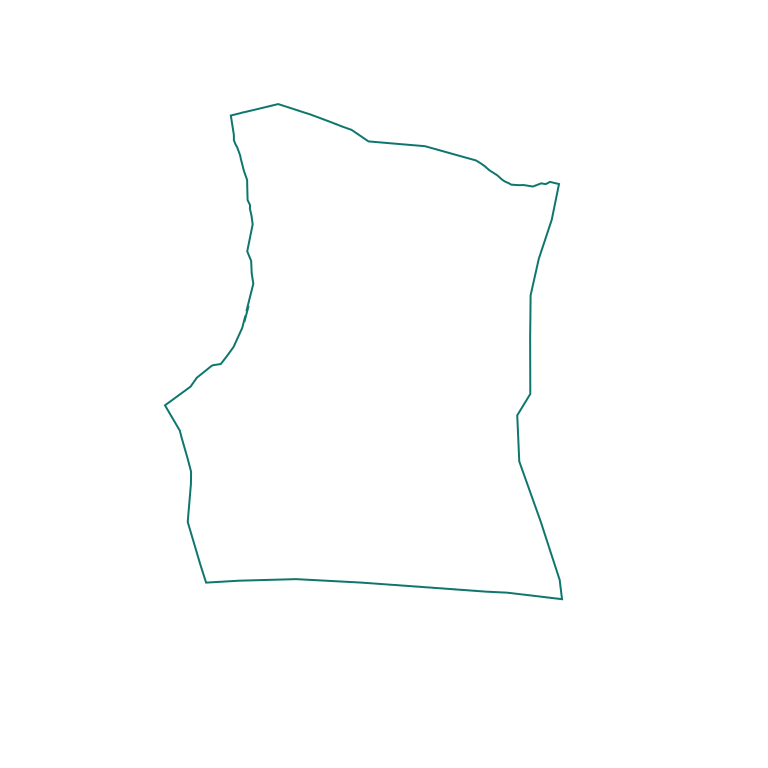 the district of San Pedro Molinos, Oaxaca, Mexico, rotated 295°
{"feature_id": "50627088B87243805311427", "entity_name": "San Pedro Molinos", "entity_type": "district", "adm_level": 2, "iso_a3": "MEX", "parent_name": "Mexico", "parent_adm1": "Oaxaca", "projection": "albers", "projection_center": [-97.543, 17.102], "detail": "fine", "context": "isolated", "style": "outline", "palette": "teal", "viewbox_px": 768, "rotation_deg": 295, "n_neighbors": 0, "source": "geoboundaries", "source_scale": "gbopen_adm2", "svg_char_len": 1366}
<svg xmlns="http://www.w3.org/2000/svg" viewBox="0 0 768 768"><g transform="rotate(295 384 384)"><path d="M639.2,458.1L637.3,449.0L633.5,446.1L632.3,441.7L625.9,435.5L623.4,426.7L620.9,421.5L618.4,414.9L618.7,413.0L618.6,408.2L619.1,404.7L621.0,398.5L622.3,388.9L624.0,383.2L624.9,378.1L625.5,372.8L623.7,362.2L622.5,354.9L620.7,344.0L616.8,320.5L608.3,297.4L597.3,267.4L600.6,247.3L599.6,236.6L599.4,233.2L598.8,224.0L597.1,202.6L596.3,196.7L593.0,169.9L591.0,167.3L573.1,144.8L569.4,140.0L569.0,139.7L562.6,131.7L559.2,134.0L546.4,142.6L541.4,145.0L538.4,148.2L536.5,150.9L530.2,157.2L527.9,158.8L517.9,167.0L511.1,173.7L506.2,176.1L493.1,182.6L489.5,187.0L486.2,188.4L480.5,192.8L473.2,197.5L446.4,204.0L439.4,211.6L428.6,217.2L419.6,223.2L394.1,228.1L395.2,228.7L384.0,230.7L384.7,230.0L374.9,231.8L364.9,231.9L354.1,232.0L342.6,229.8L333.1,227.6L328.7,221.0L327.4,220.0L310.6,211.7L299.9,209.8L272.1,194.5L260.4,211.5L255.4,218.7L250.0,223.1L233.6,237.4L223.0,246.2L217.1,248.9L211.7,251.3L193.2,258.1L180.9,262.6L175.9,264.5L142.9,293.7L128.8,306.7L144.5,335.8L170.0,386.8L194.2,446.8L239.0,564.4L246.9,583.7L264.2,636.3L280.7,626.0L303.7,604.5L325.2,584.5L371.0,539.3L396.0,526.3L411.9,518.0L436.8,520.8L470.0,505.2L488.3,496.6L505.6,488.8L526.3,479.4L535.4,477.4L562.8,471.4L603.8,466.6L639.2,458.1Z" fill="none" stroke="#0f766e" stroke-width="2"/></g></svg>